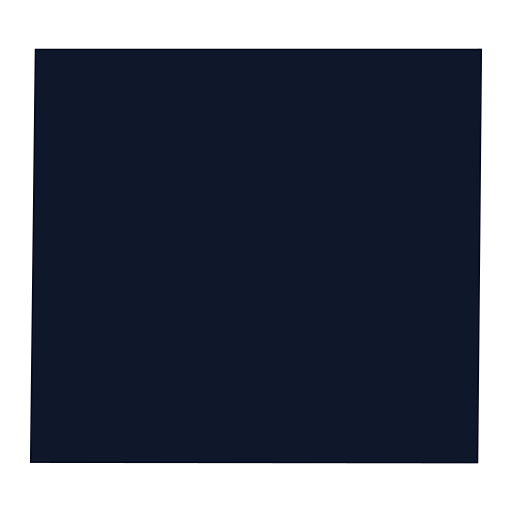 the district of Sherman, Nebraska, United States of America
{"feature_id": "52423323B24565972155121", "entity_name": "Sherman", "entity_type": "district", "adm_level": 2, "iso_a3": "USA", "parent_name": "United States of America", "parent_adm1": "Nebraska", "projection": "robinson", "projection_center": [-98.9, 41.22], "detail": "fine", "context": "isolated", "style": "filled", "palette": "ink", "viewbox_px": 512, "rotation_deg": 0, "n_neighbors": 0, "source": "geoboundaries", "source_scale": "gbopen_adm2", "svg_char_len": 198}
<svg xmlns="http://www.w3.org/2000/svg" viewBox="0 0 512 512"><path d="M481.3,49.4L474.3,49.5L35.5,49.5L30.7,462.2L477.5,462.6L481.3,49.4Z" fill="#0f172a" stroke="#020617" stroke-width="1.5"/></svg>